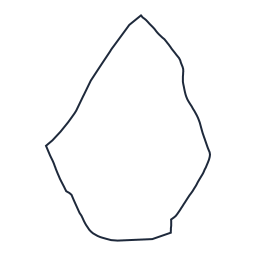 the district of Dhi Na'im, Al Bayda', Yemen
{"feature_id": "15242507B90989220984962", "entity_name": "Dhi Na'im", "entity_type": "district", "adm_level": 2, "iso_a3": "YEM", "parent_name": "Yemen", "parent_adm1": "Al Bayda'", "projection": "natural_earth1", "projection_center": [45.475, 14.11], "detail": "fine", "context": "isolated", "style": "outline", "palette": "slate", "viewbox_px": 256, "rotation_deg": 0, "n_neighbors": 0, "source": "geoboundaries", "source_scale": "gbopen_adm2", "svg_char_len": 2323}
<svg xmlns="http://www.w3.org/2000/svg" viewBox="0 0 256 256"><path d="M46.0,145.8L50.0,155.3L51.0,157.4L52.0,159.4L53.0,161.5L54.0,163.9L54.8,166.2L55.5,167.9L55.6,168.4L56.7,171.1L57.8,173.8L58.9,176.3L59.9,178.7L61.0,180.9L61.2,181.3L62.7,184.2L64.1,186.9L65.3,189.4L65.9,190.5L66.2,191.2L69.4,193.0L71.5,194.8L73.8,200.2L79.5,212.8L80.0,213.6L81.4,215.6L82.1,217.1L82.6,218.1L83.9,221.0L85.1,223.3L85.9,224.7L86.2,225.2L87.7,227.4L89.3,229.8L91.1,231.7L93.0,233.3L95.4,234.7L97.7,236.0L98.0,236.1L100.1,237.0L102.3,237.7L106.2,238.8L111.1,240.1L117.6,240.6L152.3,239.1L170.8,232.7L170.8,231.1L170.9,230.0L170.9,228.2L171.2,225.8L171.2,223.4L171.2,221.1L171.1,219.5L171.8,219.0L173.9,217.5L175.7,216.0L177.2,214.1L178.8,211.8L180.1,209.9L181.4,207.8L181.6,207.5L182.3,206.5L182.6,206.0L183.9,203.9L184.6,202.9L185.3,201.8L186.7,199.6L188.0,197.6L189.5,195.3L190.8,193.6L192.6,191.1L193.8,189.1L195.1,187.0L195.4,186.6L196.6,184.5L197.7,182.3L198.8,180.4L200.3,177.9L201.5,175.9L201.9,175.3L202.7,173.9L202.9,173.6L203.1,173.2L203.8,171.7L204.7,169.5L205.8,167.5L206.7,165.3L207.8,162.7L209.0,159.6L209.7,156.9L210.0,154.6L209.6,152.2L208.7,150.1L207.7,147.6L206.9,145.3L206.0,142.7L205.2,140.4L205.0,139.8L204.8,139.2L204.4,138.0L204.3,137.9L203.6,135.8L202.7,133.2L201.9,130.4L201.2,127.9L200.5,125.3L199.8,122.7L199.0,120.5L198.0,117.9L196.7,115.2L195.5,113.0L194.4,111.0L193.0,108.8L191.7,106.4L190.0,103.8L188.5,101.4L187.3,99.2L186.2,96.5L185.5,94.3L185.3,93.5L184.9,91.9L184.3,89.1L183.8,86.5L183.3,84.2L182.9,81.8L182.9,79.3L182.9,78.4L182.9,76.5L183.1,74.3L183.1,74.0L183.2,71.8L183.3,71.5L183.2,70.0L183.2,69.5L183.2,69.1L182.7,67.3L182.6,66.9L181.9,65.2L180.9,62.7L180.2,60.3L179.0,58.0L177.6,56.3L176.2,54.6L175.7,53.9L174.7,52.6L173.1,50.6L172.6,50.0L171.6,48.7L170.4,46.9L169.5,45.7L168.8,44.7L167.4,43.0L166.2,41.4L166.0,41.2L164.4,39.2L162.4,37.6L160.6,35.9L159.0,34.4L157.8,33.1L157.5,32.8L156.1,31.1L154.7,29.2L154.0,28.4L152.7,27.0L151.1,25.4L149.5,23.8L147.8,21.9L146.0,20.0L144.3,18.6L142.6,17.4L141.3,15.7L141.0,15.4L129.9,24.4L129.2,25.0L127.4,27.5L113.8,46.0L111.7,48.8L111.5,49.2L111.1,49.7L110.1,51.4L103.9,60.7L102.1,63.4L98.6,68.7L90.8,80.6L83.5,95.6L83.4,95.7L76.2,110.7L74.5,113.4L71.5,117.6L68.1,122.3L60.5,131.7L52.4,140.4L46.0,145.8Z" fill="none" stroke="#1e293b" stroke-width="2"/></svg>